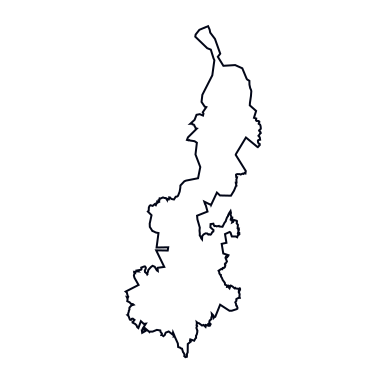 the district of Iguala de la Independencia, Guerrero, Mexico, rotated 176°
{"feature_id": "50627088B62189506174219", "entity_name": "Iguala de la Independencia", "entity_type": "district", "adm_level": 2, "iso_a3": "MEX", "parent_name": "Mexico", "parent_adm1": "Guerrero", "projection": "equal_earth", "projection_center": [-99.567, 18.192], "detail": "fine", "context": "isolated", "style": "outline", "palette": "ink", "viewbox_px": 384, "rotation_deg": 176, "n_neighbors": 0, "source": "geoboundaries", "source_scale": "gbopen_adm2", "svg_char_len": 5983}
<svg xmlns="http://www.w3.org/2000/svg" viewBox="0 0 384 384"><g transform="rotate(176 192 192)"><path d="M164.4,356.3L173.3,353.3L177.4,348.8L177.9,346.7L166.8,334.4L163.3,332.7L161.2,323.8L160.5,321.9L163.6,307.0L174.9,288.2L176.2,281.2L173.4,276.3L171.8,275.7L175.7,270.8L175.1,269.4L175.7,267.5L178.8,269.1L182.1,268.7L184.4,263.8L188.9,260.2L187.2,260.2L186.8,259.4L185.7,259.2L185.0,258.4L184.9,257.6L184.0,256.0L183.9,255.2L182.8,254.9L192.2,246.8L193.4,244.3L191.6,243.7L191.2,244.0L190.3,243.5L185.9,242.5L183.7,240.8L185.9,229.2L182.0,216.3L185.0,205.3L197.1,203.8L198.9,203.2L203.1,199.3L203.4,196.9L204.3,193.2L206.2,189.2L207.2,188.5L208.6,188.4L210.5,185.8L212.7,186.4L214.3,187.7L214.3,188.0L215.0,188.2L215.0,187.5L216.1,186.7L215.8,186.2L216.6,186.1L216.7,186.9L217.4,186.8L217.5,186.0L218.5,187.8L219.8,187.9L221.3,188.6L224.1,187.6L224.5,187.8L224.7,187.3L224.9,187.4L225.2,185.9L225.7,186.3L226.1,186.1L226.1,185.5L225.6,184.4L226.3,184.2L227.4,184.7L227.4,183.5L228.5,183.2L228.5,182.3L229.0,181.4L230.1,182.5L232.2,180.9L234.4,181.7L235.2,181.2L236.1,179.7L236.5,176.4L237.4,175.6L234.0,171.7L236.4,163.4L236.5,160.1L234.2,155.8L233.8,155.8L230.9,154.1L228.3,153.4L231.2,139.1L219.6,138.5L220.3,135.3L231.8,136.3L224.9,119.2L231.4,118.8L231.8,118.2L231.9,117.3L231.6,116.8L231.8,116.2L231.6,116.2L231.6,115.6L232.6,116.4L234.4,120.0L236.5,121.1L238.2,120.0L241.0,117.3L241.7,115.1L242.1,114.8L242.3,113.8L242.1,113.2L242.4,112.9L242.7,113.7L244.5,115.5L244.5,117.1L243.9,117.9L243.3,119.5L243.9,120.9L244.7,121.1L248.7,119.9L247.9,119.8L247.8,119.3L247.7,118.7L248.3,118.0L252.1,117.6L251.1,116.5L253.4,116.8L254.0,115.8L254.3,116.3L255.1,116.4L255.0,116.1L255.6,116.5L254.7,114.8L255.3,114.2L255.8,112.7L255.4,110.5L251.8,103.0L265.1,97.3L264.0,96.2L263.5,93.2L262.9,91.9L263.5,90.9L264.2,91.3L263.7,89.9L264.2,87.6L261.9,86.3L260.8,84.8L258.7,84.2L258.1,83.6L260.3,83.1L262.3,81.2L262.6,80.6L262.6,79.0L263.3,78.0L263.4,77.0L264.2,75.2L264.1,74.5L264.4,73.8L264.9,73.7L263.9,72.6L263.0,69.4L262.6,68.8L261.7,68.7L260.9,69.7L259.9,69.8L258.3,68.4L259.5,67.1L260.4,66.6L260.4,65.9L258.0,64.4L256.7,63.0L256.0,60.9L255.0,60.0L252.0,66.7L249.3,63.8L247.2,63.9L250.7,59.2L250.5,58.0L251.7,57.6L251.5,55.0L248.1,56.6L248.7,58.0L248.6,59.6L244.3,55.4L244.2,55.7L241.0,55.5L236.7,56.9L233.3,56.1L233.1,54.5L231.9,52.9L232.5,51.5L232.0,51.5L230.6,50.2L229.1,51.3L228.4,53.0L227.9,53.6L225.0,54.5L221.2,51.1L220.7,53.2L219.7,50.3L220.1,50.1L220.3,49.2L219.7,49.4L219.3,48.9L216.7,41.9L216.6,38.3L214.6,37.5L214.2,36.9L212.9,36.4L212.1,32.9L211.6,32.3L211.0,30.7L210.7,30.4L211.0,29.4L210.7,28.9L211.0,28.7L210.1,27.7L208.6,28.0L208.3,30.9L207.5,32.3L206.8,40.7L203.7,42.8L204.4,43.8L204.0,45.1L200.2,43.5L198.8,45.7L198.1,46.2L198.0,48.4L197.2,49.5L196.4,52.2L196.5,53.0L196.3,53.3L197.1,56.1L196.6,57.5L196.2,57.9L196.5,58.7L196.7,58.8L196.3,60.9L196.4,61.9L195.3,60.9L194.2,60.6L191.3,58.1L189.9,58.6L187.9,56.5L187.7,57.1L187.9,58.4L187.7,58.5L184.5,57.3L183.5,57.4L183.2,57.9L184.6,58.5L185.0,59.2L184.6,59.5L183.7,59.1L183.0,59.3L183.8,60.2L183.7,61.6L183.3,62.6L181.7,63.7L181.5,65.2L180.6,67.4L180.7,69.1L179.4,67.5L179.2,64.9L178.1,66.0L177.5,65.9L171.8,77.6L162.9,70.9L160.5,70.8L155.7,72.0L154.9,72.4L154.7,73.4L155.3,75.4L155.8,75.6L155.9,77.4L156.5,79.0L155.3,80.4L155.3,82.0L155.1,82.2L153.0,83.1L151.7,83.1L152.0,84.5L151.6,86.8L152.2,88.3L151.9,89.0L152.3,89.2L152.1,90.4L150.9,91.0L150.8,92.0L151.1,92.6L152.2,92.1L155.3,92.8L155.6,93.3L156.2,92.9L158.2,94.9L159.9,96.0L160.5,95.7L160.6,94.8L161.3,93.3L161.7,93.8L161.5,95.0L162.2,96.1L162.7,96.1L163.4,94.9L163.7,94.9L163.4,96.1L165.5,97.3L165.6,99.1L167.6,102.3L168.1,104.1L169.0,105.7L169.0,107.3L169.7,107.5L170.4,108.9L170.4,110.1L171.0,111.6L168.3,113.1L167.3,112.9L167.2,113.5L166.6,114.1L166.1,114.2L165.7,113.9L164.6,114.6L163.9,116.3L164.2,117.1L164.2,117.9L163.9,118.3L163.5,118.2L162.0,120.3L163.2,124.0L163.0,124.4L162.7,124.1L162.0,124.3L162.4,125.0L162.2,125.5L161.4,125.8L161.1,125.4L160.8,126.3L160.2,126.0L160.0,126.4L165.1,128.5L166.0,138.2L161.2,138.9L162.0,147.7L157.2,149.5L156.4,148.8L155.4,144.9L151.5,144.6L150.1,143.7L149.4,145.3L147.7,146.5L147.7,147.9L148.4,148.1L149.0,147.0L149.2,147.4L147.9,150.9L148.5,151.2L147.9,152.4L149.0,152.7L148.5,156.1L149.6,157.6L149.2,159.3L149.3,160.1L151.6,161.0L152.9,160.1L153.1,159.3L154.0,158.9L153.4,160.5L154.2,160.8L153.6,161.4L155.3,161.9L155.1,162.5L153.8,162.2L153.7,162.6L153.6,163.6L154.6,163.7L154.5,164.9L155.2,166.3L154.6,168.4L154.9,170.3L156.5,168.2L157.7,166.1L157.8,165.3L158.8,164.3L160.2,161.2L160.4,160.4L161.6,159.2L164.0,155.2L167.2,155.7L167.5,156.3L169.9,156.0L170.7,156.5L171.9,156.4L172.4,157.0L172.9,158.9L175.7,158.7L176.1,155.5L173.2,152.5L173.5,151.1L174.6,150.5L176.0,148.4L176.9,148.1L177.9,148.7L178.7,148.4L179.6,149.5L181.3,149.8L183.3,148.9L184.9,147.3L185.3,144.1L186.0,145.1L186.5,146.7L187.3,148.1L187.1,150.1L187.2,153.0L186.7,155.9L188.5,164.3L188.6,168.0L177.9,171.4L179.2,177.9L179.7,178.7L180.4,181.5L174.9,178.3L174.1,178.5L173.9,177.7L167.2,189.7L164.3,186.6L153.4,185.6L150.0,190.4L147.7,195.0L147.2,195.2L147.7,198.0L147.7,198.3L146.9,198.3L146.9,201.2L146.0,203.6L146.8,203.8L146.9,206.1L146.5,206.5L145.5,206.7L143.1,206.5L142.2,206.0L140.3,206.8L139.3,206.4L138.4,207.3L137.4,206.8L136.9,209.2L145.8,226.0L145.3,227.1L134.4,242.6L123.5,232.3L123.8,231.6L121.1,234.2L121.2,235.3L122.1,235.7L122.6,236.8L122.7,238.5L122.2,239.2L120.4,239.4L120.6,241.8L121.8,243.4L120.4,244.9L120.0,245.8L119.3,246.1L119.6,247.1L120.8,248.5L120.3,249.3L119.3,249.8L118.9,250.7L119.0,253.0L119.4,254.5L120.7,255.3L120.7,255.8L119.9,257.2L120.0,257.6L120.7,258.2L122.7,258.4L123.2,259.2L122.8,260.8L125.0,261.7L122.4,268.4L128.3,274.4L128.0,276.8L126.5,283.6L125.8,288.4L126.0,289.7L126.7,291.6L127.2,295.1L127.0,298.9L129.1,300.4L129.6,301.2L133.2,311.9L140.1,315.6L151.9,315.7L156.8,325.1L154.2,328.0L158.4,343.1L162.7,349.7L163.1,352.8L164.4,356.3Z" fill="none" stroke="#020617" stroke-width="2"/></g></svg>